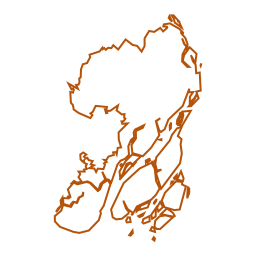 Patuakhali, Barisal, Bangladesh
{"feature_id": "16705992B49808088196813", "entity_name": "Patuakhali", "entity_type": "district", "adm_level": 2, "iso_a3": "BGD", "parent_name": "Bangladesh", "parent_adm1": "Barisal", "projection": "orthographic", "projection_center": [90.354, 22.181], "detail": "fine", "context": "isolated", "style": "outline", "palette": "amber", "viewbox_px": 256, "rotation_deg": 0, "n_neighbors": 0, "source": "geoboundaries", "source_scale": "gbopen_adm2", "svg_char_len": 5956}
<svg xmlns="http://www.w3.org/2000/svg" viewBox="0 0 256 256"><path d="M70.6,184.4L73.5,181.8L77.0,183.7L87.5,181.4L90.8,182.9L98.4,190.2L100.4,184.0L105.2,179.5L102.2,171.7L106.1,179.2L108.8,179.7L111.3,182.4L117.4,164.7L120.5,160.7L125.0,158.8L129.0,154.8L128.3,146.3L131.0,139.9L134.3,137.1L133.6,132.5L135.0,129.6L144.0,125.2L142.8,127.8L135.8,131.1L136.0,138.4L131.5,144.9L132.4,153.1L142.8,156.2L151.2,147.6L159.3,135.2L155.9,121.0L160.3,118.2L156.2,121.3L159.1,130.1L160.9,132.0L164.7,129.2L168.4,119.6L182.7,106.0L189.3,88.7L188.9,92.3L193.1,92.1L189.9,96.7L189.8,102.5L194.3,98.4L197.0,93.5L196.3,91.6L200.7,90.6L199.7,72.5L196.2,73.2L195.6,64.7L192.9,61.2L190.9,55.2L195.3,63.0L196.5,53.8L189.7,47.3L184.1,55.1L183.0,59.6L183.2,61.3L189.3,66.9L187.3,66.9L182.1,61.5L182.5,54.5L186.5,46.7L184.1,43.9L182.1,38.4L184.7,44.4L186.8,46.3L187.6,44.2L185.3,37.9L181.5,33.7L180.7,31.4L182.7,34.2L183.1,32.7L179.6,29.0L169.9,23.4L163.8,24.4L163.3,26.4L166.9,26.7L167.2,27.8L163.1,31.4L160.2,27.9L154.2,31.9L149.1,31.0L144.6,38.4L144.6,46.0L141.6,51.6L137.2,45.9L132.6,44.9L125.6,39.5L118.2,49.5L113.3,45.2L111.4,48.1L108.1,47.8L105.8,49.8L104.2,48.0L102.8,49.1L102.4,47.7L99.6,51.4L89.6,54.7L90.1,57.3L87.0,63.1L82.9,64.2L81.0,69.4L80.7,77.3L79.2,78.5L79.5,82.5L78.5,84.6L76.1,84.9L77.9,88.8L68.5,83.6L71.5,89.4L73.0,88.4L73.8,89.5L73.0,92.6L70.3,92.0L70.9,102.8L72.9,105.0L73.7,109.5L78.7,113.0L90.4,118.1L92.4,115.1L90.5,113.4L92.7,112.0L95.7,105.9L106.9,107.0L106.4,109.8L105.0,109.4L106.1,113.2L107.3,112.9L106.5,110.9L110.1,110.9L118.0,105.4L116.6,110.4L121.9,114.5L124.5,114.1L124.1,117.6L125.4,118.6L123.6,121.2L121.5,121.4L122.3,123.8L127.6,123.4L118.6,132.4L118.8,139.8L121.1,147.4L117.7,147.9L116.7,154.2L115.8,152.1L113.1,152.4L113.9,154.9L108.4,156.6L106.4,160.0L104.1,159.9L106.6,162.0L104.0,163.4L105.0,164.8L103.4,169.1L97.8,168.6L96.1,172.0L94.3,168.5L89.4,168.1L94.0,165.3L90.7,164.4L92.6,161.0L88.7,160.1L87.3,157.8L85.7,158.6L84.0,156.6L86.3,154.5L83.2,152.5L80.3,154.5L80.6,159.4L82.4,161.5L84.0,160.3L84.2,162.9L86.9,164.1L85.7,166.2L86.6,169.0L84.0,169.6L84.6,171.5L78.6,171.6L80.2,174.1L78.5,177.2L81.7,181.7L77.0,182.7L74.0,180.9L70.6,184.4ZM103.7,205.8L110.4,184.3L107.9,180.1L102.4,183.5L100.1,189.2L97.8,191.0L89.9,182.9L86.5,182.0L77.4,184.3L73.6,182.6L67.9,189.4L70.4,197.0L68.6,198.4L63.0,198.0L63.4,203.9L70.6,206.2L70.8,204.4L73.1,201.8L76.8,202.4L78.7,197.5L82.3,195.7L83.3,191.9L83.0,195.6L79.4,197.6L77.0,203.0L73.9,202.0L71.0,206.9L63.1,205.0L61.2,210.7L54.8,216.1L54.9,221.4L60.1,226.9L73.5,231.9L79.4,232.9L88.9,230.5L98.8,220.2L100.9,213.3L100.2,211.2L103.7,205.8ZM156.1,180.9L154.7,168.6L151.5,162.7L139.6,168.5L123.6,183.2L111.1,209.5L112.7,217.3L116.1,219.4L122.0,218.7L128.4,213.5L128.8,211.9L126.0,208.4L123.3,200.6L127.5,209.0L133.0,212.9L131.3,215.0L132.5,214.5L136.9,206.5L151.1,199.7L156.0,194.8L159.7,188.4L156.1,180.9ZM181.7,126.9L177.0,128.4L172.0,134.9L169.8,140.5L156.3,157.3L155.3,164.0L156.9,170.5L161.5,169.6L157.1,171.7L156.2,173.7L161.1,188.7L180.0,163.4L181.8,153.6L180.6,144.3L181.5,139.1L177.8,136.0L181.7,126.9ZM182.2,181.9L176.0,181.3L165.0,192.7L161.8,200.5L164.4,207.2L174.5,210.1L179.7,209.5L185.9,186.3L182.1,184.5L182.2,181.9ZM172.9,217.3L165.7,215.4L159.6,216.3L155.3,220.6L154.4,226.8L156.9,229.0L160.0,229.1L172.9,217.3ZM134.5,162.4L141.0,156.3L132.2,154.5L125.7,161.0L119.5,171.4L120.1,176.8L122.4,174.7L126.6,163.9L130.1,162.5L132.8,164.5L134.5,162.4ZM190.8,110.8L182.5,111.6L183.3,115.3L181.9,121.0L179.7,125.3L182.0,125.8L190.8,110.8ZM174.7,215.9L173.0,212.9L167.0,208.4L161.0,214.1L172.3,216.5L174.7,215.9ZM119.4,179.9L132.5,165.3L129.9,162.9L125.7,167.6L122.8,175.2L119.4,179.9ZM139.1,209.9L147.7,207.4L149.9,201.7L140.5,205.8L139.1,209.9ZM181.0,171.3L177.1,179.5L182.9,181.1L183.6,178.5L181.0,171.3ZM178.9,21.4L177.2,21.6L178.8,21.2L174.5,16.6L173.2,17.0L174.8,22.6L181.7,27.7L178.9,21.4ZM143.6,223.5L149.7,221.3L149.4,216.1L143.3,219.2L142.4,222.5L143.6,223.5ZM158.3,211.5L163.0,207.0L160.1,202.0L157.1,207.3L158.3,211.5ZM152.1,218.8L155.6,216.6L156.0,208.0L151.3,214.7L152.1,218.8ZM191.1,106.1L198.6,98.3L197.1,94.0L194.3,99.5L188.7,106.3L191.1,106.1ZM177.8,124.9L181.6,120.0L182.1,112.1L179.8,113.3L180.1,115.8L179.2,120.3L176.8,123.8L177.8,124.9ZM129.9,217.4L126.7,217.4L127.8,217.7L126.1,220.6L126.8,222.4L130.6,222.0L129.9,217.4ZM188.0,187.4L187.6,190.2L187.2,198.3L189.2,192.9L189.2,188.4L188.0,187.4ZM155.0,231.9L154.3,228.2L152.1,227.0L150.3,230.4L155.0,231.9ZM139.6,217.1L142.7,215.7L144.0,213.3L138.3,216.1L139.6,217.1ZM169.9,129.3L170.8,128.3L171.1,122.5L169.7,125.5L169.9,129.3ZM136.6,211.4L138.9,209.2L139.3,206.9L136.7,208.3L136.6,211.4ZM174.7,179.2L176.7,177.4L176.7,175.0L173.9,178.1L174.7,179.2ZM177.1,121.9L178.9,120.3L179.8,115.0L177.1,120.3L177.1,121.9ZM168.7,17.8L170.2,19.9L172.2,21.6L169.5,16.1L168.7,17.8ZM130.5,235.6L132.8,233.2L132.5,230.6L129.2,235.2L130.5,235.6ZM154.4,240.6L155.0,238.7L153.8,237.2L152.6,239.3L154.4,240.6ZM61.2,205.3L62.2,203.7L62.3,197.8L60.6,200.6L61.2,205.3ZM156.1,168.7L154.6,165.1L154.8,159.8L153.7,163.6L156.1,168.7ZM147.9,162.1L150.0,160.4L149.5,158.9L147.7,159.5L147.9,162.1ZM153.8,204.3L156.0,201.3L156.7,199.0L154.1,202.4L153.8,204.3ZM132.1,141.6L133.8,140.7L133.9,138.7L132.2,139.4L132.1,141.6ZM187.4,48.2L187.5,45.2L185.5,50.0L187.4,48.2ZM126.3,166.2L128.0,165.0L128.9,163.3L126.8,164.0L126.3,166.2ZM56.1,212.0L58.9,208.9L60.7,206.0L57.9,208.6L56.1,212.0ZM132.4,166.8L133.3,165.3L136.5,161.4L134.2,163.0L132.4,166.8ZM121.2,166.4L121.8,163.4L120.3,165.4L121.2,166.4ZM171.7,15.4L172.6,16.8L174.4,16.3L173.6,15.4L171.7,15.4ZM145.9,162.6L146.9,161.4L146.7,160.2L145.8,160.5L145.9,162.6ZM159.6,139.7L161.4,140.2L161.4,139.2L159.6,139.7ZM171.2,183.1L172.7,181.9L172.9,181.4L171.6,181.5L171.2,183.1ZM67.0,196.9L69.6,196.9L69.9,196.5L69.1,195.1L69.5,196.2L67.0,196.9ZM201.1,63.5L200.5,65.4L200.7,65.9L201.2,64.4L201.1,63.5ZM151.9,162.4L152.4,162.0L152.2,161.8L151.9,162.4Z" fill="none" stroke="#b45309" stroke-width="2"/></svg>